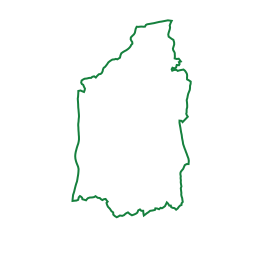 Rio dos Bois, Tocantins, Brazil (orthographic projection), rotated 161°
{"feature_id": "56859067B30920938893313", "entity_name": "Rio dos Bois", "entity_type": "district", "adm_level": 2, "iso_a3": "BRA", "parent_name": "Brazil", "parent_adm1": "Tocantins", "projection": "orthographic", "projection_center": [-48.454, -9.239], "detail": "fine", "context": "isolated", "style": "outline", "palette": "green", "viewbox_px": 256, "rotation_deg": 161, "n_neighbors": 0, "source": "geoboundaries", "source_scale": "gbopen_adm2", "svg_char_len": 3729}
<svg xmlns="http://www.w3.org/2000/svg" viewBox="0 0 256 256"><g transform="rotate(161 128 128)"><path d="M67.8,119.2L68.2,120.9L68.3,122.5L67.5,123.7L67.0,125.2L66.4,126.7L65.3,128.3L64.6,130.3L64.0,132.6L63.4,135.3L62.1,137.1L61.1,138.9L59.9,140.8L58.4,142.5L57.2,143.9L56.3,145.7L55.6,147.7L54.4,149.4L53.6,151.5L54.9,153.2L56.3,154.7L55.7,156.7L55.1,158.0L54.7,159.7L54.9,161.5L55.5,163.6L56.5,165.2L58.6,165.5L60.9,165.8L62.4,165.8L63.3,167.2L65.5,167.9L67.5,167.8L67.6,169.3L66.3,170.5L64.7,169.2L62.8,169.6L61.4,171.7L59.4,170.8L58.4,171.7L58.4,173.7L56.4,173.7L56.9,175.3L57.5,177.0L59.5,177.4L61.2,178.6L60.3,180.6L59.9,182.1L59.4,183.6L59.5,185.2L59.9,186.6L59.7,188.4L58.4,190.2L57.1,192.0L56.5,194.0L56.4,196.6L57.7,198.1L58.6,199.4L59.8,201.1L59.5,203.3L58.5,204.9L57.3,206.5L56.2,208.0L55.4,209.6L55.2,211.3L53.7,213.2L51.8,215.1L55.2,216.8L61.6,217.7L63.7,218.1L66.4,218.4L69.4,218.7L76.1,219.8L77.5,219.6L79.0,218.3L80.6,218.8L82.0,219.4L83.6,219.9L85.1,220.2L86.8,220.9L88.5,219.2L89.6,217.3L90.5,215.8L91.9,214.6L94.1,213.6L95.8,212.7L96.6,211.0L96.4,209.3L96.0,207.9L96.4,206.3L98.1,205.4L99.1,204.3L100.4,203.5L101.9,202.8L104.2,202.1L106.2,201.8L108.1,201.4L110.0,200.8L111.4,199.2L112.7,197.1L114.4,196.7L115.7,196.4L117.0,197.3L118.5,197.3L120.5,197.8L122.3,197.4L123.7,197.0L125.3,196.4L126.8,195.2L128.3,194.2L129.7,193.3L131.4,192.8L132.7,191.4L133.4,190.1L134.7,188.7L136.3,188.0L138.1,188.3L140.4,187.2L142.0,186.2L143.2,187.9L145.1,188.0L146.5,187.4L148.4,188.0L150.8,188.2L153.0,188.7L154.5,188.5L156.4,188.0L157.5,186.1L157.3,184.6L156.3,183.4L156.2,181.3L155.9,179.2L156.8,177.7L157.9,176.4L159.3,177.6L160.6,178.9L162.9,179.2L163.6,177.3L164.3,175.6L165.1,173.7L165.9,172.2L166.3,170.8L166.8,168.9L167.4,166.7L167.9,165.1L168.4,163.4L168.8,161.6L169.3,159.7L169.7,158.1L170.1,156.5L170.7,154.6L171.7,152.5L172.7,150.1L173.7,148.1L174.3,146.4L174.7,144.8L175.3,142.9L175.8,141.1L176.2,139.5L176.7,137.8L177.2,135.8L178.1,133.1L179.0,131.3L180.1,129.5L181.6,127.6L182.8,126.0L184.0,124.2L185.2,122.4L186.3,120.4L187.1,118.5L187.7,116.2L187.9,114.5L188.0,113.0L188.0,111.3L187.9,109.7L187.8,107.6L188.1,105.3L189.0,103.0L189.9,101.0L190.7,99.4L191.6,97.8L192.6,95.9L193.6,94.1L195.1,92.2L196.3,90.5L197.5,88.7L198.4,87.3L199.4,85.7L200.4,84.3L201.7,82.6L202.7,80.5L203.6,78.6L204.2,77.1L202.4,76.7L200.4,76.2L198.5,76.3L197.1,78.5L195.6,79.3L194.7,78.2L194.1,76.9L194.3,75.5L192.7,74.4L191.2,73.3L190.0,74.1L188.7,74.7L186.7,74.7L184.9,74.1L182.7,73.7L180.9,74.1L179.4,71.9L177.5,71.0L176.9,69.7L175.7,68.2L173.8,68.5L172.3,68.2L171.8,66.5L171.2,65.0L172.7,64.2L172.8,62.5L172.6,60.1L171.4,57.5L170.7,54.7L169.5,53.0L170.1,50.9L169.1,49.0L167.7,47.3L165.9,47.5L164.2,47.9L162.0,46.8L160.1,46.9L158.6,47.6L157.3,48.0L155.5,48.2L154.3,46.1L152.7,44.2L150.5,44.2L148.5,44.4L146.8,44.9L145.1,46.8L143.2,47.1L142.4,45.4L140.6,44.8L141.0,43.1L141.3,41.7L141.5,40.1L139.9,40.6L137.9,41.3L136.2,41.7L134.1,42.5L132.1,42.1L130.6,41.9L129.2,41.8L128.3,43.1L126.7,42.4L125.1,41.1L123.2,41.9L122.1,41.1L120.5,41.4L118.4,42.1L117.0,43.5L115.5,45.0L114.8,43.6L114.2,41.1L112.8,40.7L112.9,39.1L111.8,38.0L110.1,37.1L109.1,35.1L107.3,35.7L105.6,36.9L104.0,37.7L102.5,37.8L101.9,39.3L100.3,40.3L100.0,42.1L99.6,44.1L99.6,45.8L99.4,47.5L98.7,49.2L98.2,51.5L97.7,53.8L96.5,55.4L96.2,57.4L95.8,59.5L95.0,61.4L94.6,63.5L93.8,65.2L93.6,66.9L93.1,68.4L92.2,69.5L90.8,70.4L89.1,71.4L87.7,73.0L86.4,74.4L84.4,74.8L82.5,74.2L81.2,77.1L80.8,79.4L80.9,82.5L80.9,84.8L81.0,86.4L81.0,88.6L81.1,90.2L81.1,91.6L81.1,93.4L81.1,94.8L80.6,97.5L80.4,99.1L80.1,101.2L79.5,103.9L79.2,106.5L78.8,108.8L78.4,111.0L78.1,113.1L77.6,116.2L76.9,118.2L75.0,117.3L74.5,115.8L67.8,119.2Z" fill="none" stroke="#15803d" stroke-width="2"/></g></svg>